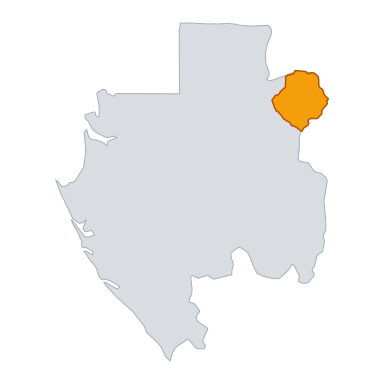 Zadiè, Ogooué-Ivindo, Gabon shown in context
{"feature_id": "22940354B86386728493807", "entity_name": "Zadiè", "entity_type": "district", "adm_level": 2, "iso_a3": "GAB", "parent_name": "Gabon", "parent_adm1": "Ogooué-Ivindo", "projection": "natural_earth1", "projection_center": [13.91, 0.867], "detail": "fine", "context": "in_parent", "style": "filled", "palette": "amber", "viewbox_px": 384, "rotation_deg": 0, "n_neighbors": 0, "source": "geoboundaries", "source_scale": "gbopen_adm2", "svg_char_len": 5780}
<svg xmlns="http://www.w3.org/2000/svg" viewBox="0 0 384 384"><path d="M271.5,30.7L271.2,34.5L267.5,43.8L265.8,51.0L265.3,58.6L266.3,64.7L268.1,69.1L269.3,73.9L268.4,77.2L266.6,78.6L267.8,80.3L270.6,80.7L275.2,79.3L282.3,76.7L291.6,73.0L297.7,71.0L307.8,72.3L313.1,73.7L315.9,76.3L318.9,87.2L320.4,88.9L322.8,93.6L324.8,99.2L325.3,102.0L325.1,104.0L323.0,107.1L320.7,111.5L319.9,114.2L317.9,116.2L315.5,118.2L308.8,119.0L307.7,120.2L305.8,124.9L302.3,128.9L300.7,132.7L299.2,137.8L299.5,144.0L298.8,153.1L298.1,159.2L299.9,161.3L307.9,162.8L309.5,164.0L311.6,167.8L314.4,171.4L321.7,173.6L324.6,176.3L326.9,179.3L327.2,181.7L325.5,191.5L323.9,201.0L324.6,208.1L325.2,215.0L326.0,224.9L325.7,231.0L323.6,234.7L323.6,237.6L324.5,241.1L322.7,250.8L321.5,252.5L318.2,254.3L316.5,256.9L315.9,261.0L314.1,266.6L312.3,268.6L312.3,271.2L314.1,273.2L314.0,276.1L310.7,279.5L308.8,282.2L304.4,283.5L299.3,282.1L298.2,280.2L299.4,277.2L298.9,274.8L297.2,272.2L294.5,265.7L292.1,264.3L290.8,267.0L286.7,272.0L279.5,278.3L274.5,278.8L265.1,276.9L257.3,273.8L253.6,266.4L251.3,260.3L248.0,253.1L244.2,249.7L240.2,247.6L238.4,247.4L232.7,251.4L231.0,253.0L231.0,256.3L231.6,259.4L232.4,260.9L233.2,262.9L233.1,266.0L232.0,270.2L231.7,274.8L213.8,279.2L210.6,277.6L208.4,275.6L205.7,275.9L197.9,278.3L195.0,276.6L192.2,275.4L190.9,276.4L190.8,278.4L192.1,289.2L191.7,293.3L189.9,298.6L189.0,302.3L193.8,303.3L195.5,305.0L197.2,307.7L199.5,310.2L199.6,311.8L197.0,314.6L196.1,318.1L197.4,320.8L200.6,323.6L205.4,326.6L207.7,328.5L207.4,330.2L205.2,334.0L204.4,337.2L202.9,340.0L203.2,342.7L205.3,345.1L205.1,347.4L203.7,349.0L200.7,348.7L198.2,348.9L196.0,348.2L189.0,339.7L187.5,339.4L177.3,346.0L174.8,348.7L172.7,352.6L169.9,361.0L165.3,356.1L161.3,347.1L156.7,341.7L146.9,332.8L144.3,326.3L133.2,311.9L117.1,297.5L105.5,285.0L103.8,282.2L105.7,282.6L116.9,288.8L118.4,288.1L119.7,286.7L114.9,283.4L110.3,280.9L105.9,279.3L101.6,279.4L99.2,276.8L97.6,272.7L96.8,269.3L94.9,265.7L88.7,258.3L87.2,255.5L83.9,251.5L85.9,251.0L92.5,254.8L93.1,253.3L92.5,251.1L85.9,247.5L82.3,247.3L81.5,244.8L82.0,241.9L77.2,231.2L72.3,223.1L71.5,219.3L84.8,236.8L86.6,237.1L88.9,237.0L94.4,235.0L93.3,232.6L90.9,230.1L88.5,231.3L85.3,231.5L83.7,230.5L83.0,228.7L86.1,220.1L84.7,220.6L83.7,222.1L82.0,222.8L79.4,223.3L72.8,218.7L67.1,206.4L65.5,203.8L64.0,199.5L62.5,197.8L55.8,180.3L58.4,181.6L61.4,186.6L67.3,185.6L69.6,182.6L71.6,182.7L73.6,182.1L76.2,179.3L83.7,167.2L85.7,151.3L85.1,141.8L84.0,132.5L86.5,129.5L87.4,131.4L87.9,134.8L89.1,137.2L91.8,139.5L96.8,140.0L104.5,143.5L107.2,145.7L108.0,141.3L116.8,137.5L114.1,136.2L106.3,137.7L95.5,132.1L91.9,128.5L88.5,121.7L85.0,118.1L85.3,114.9L93.1,112.0L95.1,112.3L95.9,115.9L98.0,117.3L98.8,116.8L99.2,113.8L99.2,105.8L96.8,94.3L97.5,92.1L99.7,91.3L101.6,89.7L102.9,89.5L105.5,89.7L106.8,92.4L107.6,93.9L110.2,94.5L112.4,96.0L114.3,95.6L115.8,93.9L118.1,93.6L125.2,93.6L131.6,93.6L144.3,93.7L157.1,93.7L169.9,93.8L179.5,93.8L179.5,87.2L179.4,77.1L179.4,65.1L179.3,53.6L179.3,42.9L179.2,30.4L179.7,26.8L180.4,25.3L180.1,23.2L190.0,23.0L207.9,24.0L215.7,23.8L217.9,24.0L227.7,23.4L235.6,24.2L239.0,25.1L242.0,25.5L251.5,26.1L263.8,25.4L268.0,25.5L270.4,27.3L271.5,30.7Z" fill="#d9dde1" stroke="#a8b0b8" stroke-width="1"/><path d="M302.0,131.3L302.2,130.6L302.7,129.9L303.1,129.3L303.5,128.5L303.9,128.0L304.6,127.3L305.6,126.7L306.9,126.0L307.6,125.5L308.1,125.0L308.4,124.4L308.7,123.2L308.7,122.7L308.5,122.3L308.2,121.8L308.0,121.4L308.0,120.8L308.4,120.2L309.0,119.4L309.6,118.9L310.7,118.6L311.1,118.5L312.0,118.5L313.0,118.5L313.8,118.6L315.3,118.6L317.1,118.5L317.6,118.2L318.6,117.1L319.6,116.0L320.4,115.3L321.3,114.4L321.6,113.9L321.8,113.4L321.9,112.6L321.9,111.8L321.9,111.1L322.0,110.4L322.4,109.8L322.8,109.2L323.4,108.3L323.9,107.7L324.6,107.0L325.4,106.1L326.4,104.8L326.9,104.2L327.3,103.7L327.3,103.0L327.1,102.5L326.9,101.9L327.0,101.5L326.9,101.1L326.8,100.8L327.0,100.4L327.3,100.2L327.7,99.8L328.0,99.4L328.2,99.0L328.1,98.5L327.9,98.1L327.5,97.9L326.9,97.5L326.2,96.8L325.2,95.8L324.2,94.2L323.6,92.8L323.2,91.2L322.8,90.1L322.4,89.3L321.8,88.9L321.3,88.5L320.6,88.2L319.7,87.4L319.0,86.1L318.7,84.8L318.8,83.7L318.7,81.8L318.7,80.3L318.6,78.9L318.4,77.6L318.2,76.9L317.8,76.4L317.5,76.0L317.0,75.5L316.5,75.0L316.0,74.5L315.1,73.8L314.5,73.4L313.6,73.0L313.0,72.8L312.2,72.7L311.5,72.7L311.0,72.8L310.5,73.0L309.9,73.3L309.2,73.5L308.7,73.6L308.2,73.6L307.7,73.5L307.3,73.2L307.0,72.8L306.6,72.3L306.0,71.8L305.4,71.6L304.4,71.4L301.5,71.1L297.6,70.8L295.7,70.7L295.1,70.7L294.8,71.0L294.6,71.5L294.5,72.0L294.2,72.8L293.9,73.4L293.5,74.0L293.1,74.2L292.7,74.2L292.4,74.0L292.1,73.9L291.7,74.0L291.4,74.2L291.0,74.6L290.7,74.7L289.9,74.8L288.9,74.9L288.1,75.0L287.6,75.4L287.2,75.7L286.7,76.1L286.1,76.4L285.6,76.7L285.6,78.2L285.7,80.0L285.6,81.8L285.5,82.9L285.5,84.3L285.4,85.4L285.4,86.2L285.4,87.1L285.1,87.6L284.5,87.9L283.9,88.4L283.2,88.9L282.4,89.8L281.9,90.3L281.4,90.7L280.9,91.2L280.4,91.4L280.2,91.7L280.1,92.1L279.7,92.9L279.4,93.5L278.9,94.1L278.1,94.8L277.3,94.9L276.4,95.0L276.1,95.1L276.0,95.3L275.6,95.5L275.0,95.8L274.7,96.2L274.4,96.9L274.0,97.5L273.6,98.1L273.0,98.7L272.4,99.4L272.1,100.0L272.1,100.5L272.3,101.4L272.6,101.8L272.9,103.0L273.2,103.5L273.6,104.5L273.9,105.4L274.3,106.8L274.7,107.9L275.6,109.3L276.2,110.7L276.6,111.2L277.4,111.6L277.9,111.8L278.4,112.0L278.8,112.6L279.0,113.1L279.4,113.4L279.8,113.7L280.2,114.0L281.0,115.0L282.3,116.9L282.6,117.5L283.5,118.8L284.1,119.2L284.7,119.5L285.5,120.0L286.1,120.6L286.6,121.0L287.4,121.3L288.2,121.5L288.9,121.9L289.5,122.3L290.0,122.9L290.5,123.8L291.0,124.8L291.3,125.4L292.0,125.7L293.1,126.0L294.7,126.5L296.0,127.2L297.4,128.1L298.7,129.2L299.6,129.8L300.2,130.5L301.2,131.0L302.0,131.3Z" fill="#f59e0b" stroke="#b45309" stroke-width="1.5"/></svg>